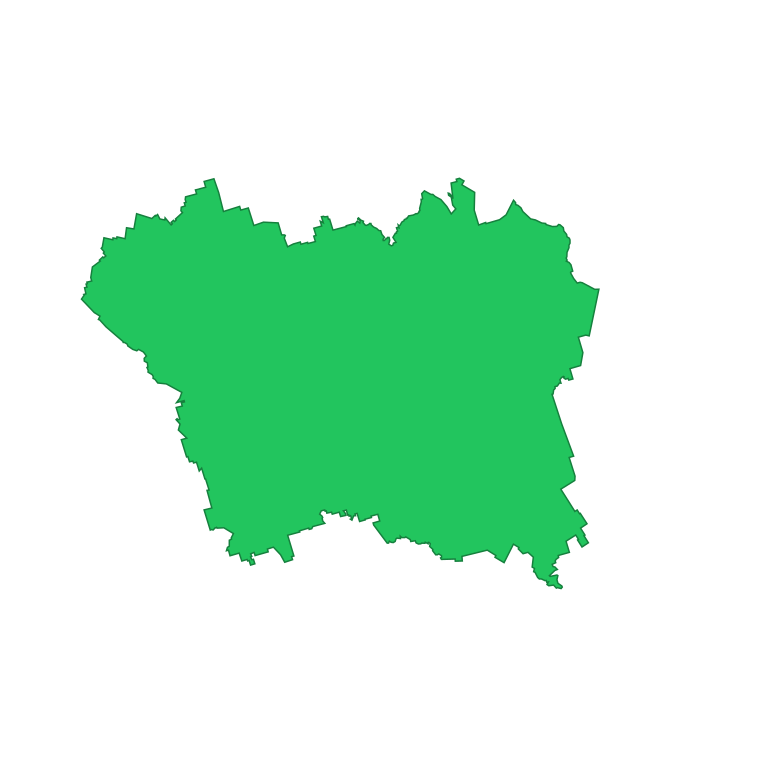 outline of Southern Midlands, Tasmania, Australia, rotated 64°
{"feature_id": "25037944B17356947881143", "entity_name": "Southern Midlands", "entity_type": "district", "adm_level": 2, "iso_a3": "AUS", "parent_name": "Australia", "parent_adm1": "Tasmania", "projection": "natural_earth1", "projection_center": [147.408, -42.418], "detail": "fine", "context": "isolated", "style": "filled", "palette": "green", "viewbox_px": 768, "rotation_deg": 64, "n_neighbors": 0, "source": "geoboundaries", "source_scale": "gbopen_adm2", "svg_char_len": 6170}
<svg xmlns="http://www.w3.org/2000/svg" viewBox="0 0 768 768"><g transform="rotate(64 384 384)"><path d="M345.2,590.6L363.0,593.4L363.2,592.1L368.7,592.9L369.5,589.6L371.5,589.8L372.1,586.8L381.2,588.2L379.7,584.8L390.9,586.6L391.2,586.0L402.6,587.7L402.0,589.7L420.0,593.1L418.3,600.9L439.1,604.2L439.0,603.3L440.3,601.5L439.2,598.7L439.8,597.9L439.5,597.3L440.5,596.9L443.0,591.0L452.4,584.9L455.4,588.8L456.6,589.0L456.6,591.5L462.0,594.2L462.2,596.3L464.8,598.7L465.2,596.6L470.9,597.7L472.5,588.3L480.8,589.4L481.7,584.0L483.3,584.1L483.5,582.6L488.3,583.3L489.0,578.9L484.3,578.2L484.0,579.8L481.0,579.8L481.0,578.4L478.2,578.3L478.4,574.6L481.7,575.1L484.1,561.7L481.2,561.1L482.2,554.9L492.2,551.8L500.7,551.4L501.8,543.2L498.6,542.7L499.1,540.4L477.7,536.9L480.1,524.6L478.9,524.4L480.5,514.8L481.9,515.0L482.4,512.4L480.9,510.5L483.3,498.3L480.4,499.1L477.7,498.5L477.1,497.6L475.2,497.7L472.8,498.9L470.5,496.0L471.2,492.5L472.5,492.7L472.8,491.5L475.0,492.0L476.2,487.3L478.3,487.6L479.6,480.4L484.1,481.1L485.4,475.8L483.5,475.4L480.2,476.1L480.8,473.1L485.9,474.1L486.1,473.1L487.5,473.3L487.7,471.7L490.9,472.2L490.8,473.4L492.3,472.5L489.2,469.1L489.9,467.3L488.1,467.1L488.5,464.9L496.9,466.2L497.9,460.5L497.2,460.4L498.5,453.8L497.0,453.5L498.4,446.7L505.3,447.9L504.1,454.7L506.2,455.1L528.4,450.9L529.0,449.6L527.6,448.1L529.4,447.0L530.6,445.2L530.4,443.0L528.4,441.1L528.2,439.9L530.1,437.0L527.9,436.1L529.8,435.4L531.2,432.6L530.9,431.5L535.3,428.6L537.3,429.0L538.6,424.6L540.9,424.8L542.9,423.2L543.8,420.9L543.5,420.0L545.1,417.0L544.3,416.3L546.9,414.4L545.8,413.8L545.9,413.1L547.8,412.4L550.0,414.2L554.1,412.6L555.1,413.4L560.2,412.4L560.9,410.8L560.7,409.3L563.4,407.6L565.0,408.2L565.1,409.4L566.8,409.3L572.5,396.8L574.5,397.6L577.4,391.2L573.1,389.5L578.6,364.0L587.2,358.6L588.4,360.2L597.2,354.4L584.7,337.9L590.1,334.4L591.1,335.6L597.5,333.4L598.4,328.4L605.1,325.7L613.5,331.1L615.7,329.6L618.3,331.8L619.5,330.8L625.2,330.7L627.3,329.9L628.2,328.0L631.3,325.5L631.7,324.3L633.7,324.6L634.0,323.1L635.7,325.4L637.6,324.3L639.1,319.7L643.0,318.6L643.0,317.5L645.5,314.5L644.7,312.8L643.5,312.7L639.4,315.0L635.8,314.4L632.4,311.7L631.5,312.3L629.8,319.0L628.8,319.4L626.5,312.2L626.7,309.5L623.4,310.6L622.2,312.1L619.8,311.9L619.9,308.0L618.0,307.7L617.0,306.1L616.5,303.1L614.5,302.6L616.6,291.2L605.1,289.3L603.8,277.9L608.9,277.3L609.0,278.4L617.3,277.5L616.3,269.9L608.0,270.8L607.9,269.6L599.7,270.5L598.6,262.8L586.3,264.3L586.4,265.1L581.9,265.6L582.2,268.3L556.0,271.2L554.3,254.8L550.6,252.7L531.2,249.8L532.0,245.2L497.7,241.8L466.9,237.5L467.1,236.4L463.7,234.1L463.1,232.2L461.3,231.5L461.8,229.1L460.0,225.9L460.8,224.6L457.2,224.0L456.0,221.5L455.8,219.5L456.6,219.0L457.2,219.8L459.2,218.8L459.7,216.1L461.5,216.2L462.3,212.0L451.7,210.2L453.6,199.2L443.0,191.5L427.1,188.8L428.5,181.2L430.7,178.5L393.0,149.3L391.3,153.1L379.9,161.4L378.5,163.2L378.0,166.1L372.3,167.3L365.9,167.6L365.3,167.2L365.3,164.9L358.7,163.7L355.9,164.4L353.5,166.3L352.9,165.1L350.7,165.1L349.8,163.9L345.9,161.8L342.6,158.0L340.3,156.9L339.0,155.1L336.1,153.7L334.2,153.5L331.9,155.0L329.6,154.3L325.4,155.3L322.1,154.3L318.1,156.0L317.2,157.1L318.1,159.6L316.3,163.6L311.7,168.5L310.6,168.3L308.5,171.6L302.9,176.0L299.9,179.8L289.9,183.6L285.6,183.7L282.0,185.4L280.5,187.0L278.6,186.2L275.6,187.0L285.5,200.1L287.0,208.1L284.6,222.0L283.4,221.8L282.6,229.2L267.3,226.7L251.5,218.5L239.1,226.7L236.6,223.1L232.2,226.0L231.6,229.3L234.0,229.7L232.8,235.6L247.7,240.8L245.2,240.6L241.5,241.6L240.6,242.6L242.7,243.2L245.5,241.6L253.3,243.8L258.1,242.7L260.6,249.0L252.1,249.7L243.2,252.0L237.9,255.8L235.0,257.0L234.2,258.7L228.1,263.0L229.5,266.7L234.4,268.1L234.7,268.8L234.3,269.7L236.6,270.6L241.8,275.0L243.9,275.7L244.1,276.9L244.8,277.0L245.3,278.2L245.5,279.8L244.9,280.5L245.0,283.5L243.7,288.2L245.2,290.6L244.8,291.2L245.4,291.8L245.1,293.6L246.0,294.4L246.3,297.0L248.4,300.0L248.2,301.1L247.3,301.5L250.2,302.1L249.2,303.0L249.0,304.3L252.6,304.8L252.8,306.2L253.9,306.7L253.5,307.7L256.1,311.7L262.0,311.1L261.5,313.7L263.2,315.3L263.0,316.9L260.3,318.4L257.3,315.8L254.5,315.2L253.8,316.6L254.6,317.7L254.2,318.3L255.2,320.8L254.7,321.8L253.5,321.4L252.4,319.3L248.7,320.3L244.8,319.8L243.7,321.4L241.0,322.4L238.3,324.6L235.4,325.7L234.0,325.4L233.4,326.5L233.9,327.9L233.7,330.4L233.0,331.2L229.7,332.1L228.7,331.1L226.5,333.0L223.5,334.1L223.8,335.1L224.6,335.3L226.6,333.7L228.7,335.2L225.9,336.6L227.3,339.5L228.4,340.4L226.7,340.6L225.2,348.6L226.0,348.8L223.3,362.4L212.0,360.6L211.6,361.8L208.7,361.2L207.8,364.0L206.8,364.8L206.2,366.9L212.5,367.9L209.8,369.9L214.7,370.8L213.2,378.8L220.7,380.0L220.3,382.3L225.9,383.2L224.4,390.8L223.2,390.6L222.0,397.4L219.7,397.0L218.4,404.1L218.4,410.5L209.2,409.7L207.2,407.6L206.4,408.1L205.1,410.6L192.8,408.5L185.7,421.4L184.5,431.5L166.3,428.8L164.9,436.5L161.1,435.9L158.6,452.7L139.6,448.7L125.0,446.9L123.1,456.9L129.0,458.0L126.9,468.4L131.0,469.1L128.8,480.3L131.0,481.8L133.9,482.3L133.6,484.1L136.8,484.6L136.2,488.7L139.3,490.6L141.6,490.0L144.3,499.1L145.5,498.8L146.2,501.0L144.6,501.5L145.4,504.4L147.2,504.0L147.7,505.6L138.7,507.9L140.5,509.1L137.4,513.1L132.4,513.2L133.0,515.5L132.2,515.7L133.5,520.1L122.5,531.7L135.0,540.8L130.7,546.9L139.9,553.0L134.7,559.5L136.2,560.5L133.9,563.5L135.5,564.5L129.8,571.6L137.5,577.2L138.1,578.7L142.7,577.5L143.3,578.9L147.0,577.9L147.7,580.6L146.5,581.0L147.9,585.5L149.1,585.1L151.0,594.8L159.8,600.9L163.3,601.6L162.2,606.4L163.8,606.7L163.6,608.0L166.7,608.5L166.2,610.9L172.3,612.4L171.9,614.5L172.6,614.3L175.1,618.7L192.8,613.1L198.5,609.5L200.8,612.4L201.9,611.4L210.8,608.8L231.5,599.9L232.3,600.2L233.2,598.8L235.7,597.3L237.5,597.6L242.8,594.6L245.8,591.6L245.3,589.4L249.8,586.2L254.7,585.3L255.8,588.3L258.4,589.4L261.2,587.4L265.3,588.8L265.2,589.8L268.2,589.9L269.9,590.9L273.9,588.3L276.0,588.1L277.7,589.1L279.4,587.8L283.9,586.9L288.5,579.6L302.9,569.4L307.3,573.8L309.8,578.6L311.3,570.9L312.6,571.2L312.0,574.4L315.4,575.0L314.0,581.1L326.0,582.9L325.8,584.8L324.5,585.2L324.9,586.5L330.6,584.9L335.2,589.0L346.2,585.0L345.2,590.6Z" fill="#22c55e" stroke="#15803d" stroke-width="1.5"/></g></svg>